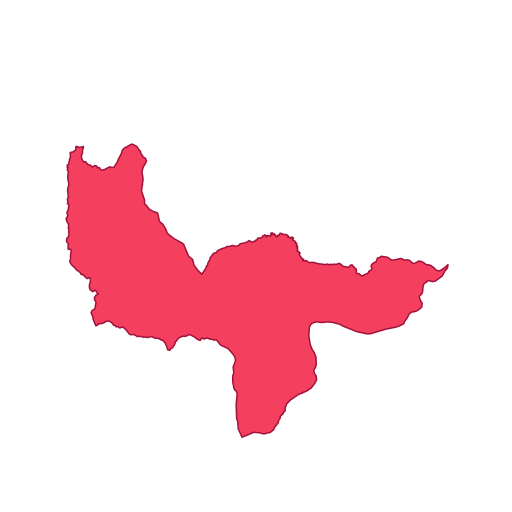 the district of El Rosario, Nariño, Colombia, rotated 158°
{"feature_id": "7082276B32433349406288", "entity_name": "El Rosario", "entity_type": "district", "adm_level": 2, "iso_a3": "COL", "parent_name": "Colombia", "parent_adm1": "Nariño", "projection": "robinson", "projection_center": [-77.45, 1.827], "detail": "fine", "context": "isolated", "style": "filled", "palette": "rose", "viewbox_px": 512, "rotation_deg": 158, "n_neighbors": 0, "source": "geoboundaries", "source_scale": "gbopen_adm2", "svg_char_len": 6141}
<svg xmlns="http://www.w3.org/2000/svg" viewBox="0 0 512 512"><g transform="rotate(158 256 256)"><path d="M430.6,251.3L429.1,251.2L428.0,252.0L427.2,251.6L426.7,252.0L424.2,251.1L421.2,251.1L420.6,251.5L418.7,251.4L416.7,250.7L415.5,249.4L414.3,247.1L413.9,245.1L412.8,244.2L412.1,242.7L411.3,242.6L410.5,242.0L409.1,240.2L407.3,240.5L405.6,239.2L404.3,236.6L402.6,230.9L401.8,230.0L399.0,229.1L397.5,227.7L396.3,225.7L395.1,225.7L394.2,224.9L392.1,224.2L391.0,222.9L389.8,222.7L387.2,221.1L382.5,220.3L381.3,218.3L377.0,215.8L375.2,213.5L374.0,212.9L372.8,209.2L372.7,204.9L373.1,202.3L371.3,200.8L369.7,202.0L367.7,202.2L364.5,204.5L362.8,206.5L358.2,209.0L353.8,209.1L352.4,208.2L350.4,207.9L347.3,208.2L345.8,206.8L343.5,204.1L341.4,200.6L339.5,198.6L336.6,200.4L335.4,198.4L333.3,198.5L331.5,197.9L329.6,195.9L328.2,195.5L327.0,194.2L324.6,193.1L323.8,192.3L322.6,187.7L321.6,185.9L316.6,180.7L313.7,172.4L313.5,169.4L314.3,166.5L318.8,161.6L320.4,155.9L322.4,153.7L324.7,148.1L326.0,141.7L325.8,139.6L324.9,137.8L325.0,135.4L330.1,125.6L334.9,112.3L334.9,109.7L337.2,102.5L336.8,93.2L323.9,93.3L318.2,90.3L316.6,88.8L314.8,88.0L308.7,87.1L304.6,88.4L302.8,90.3L298.0,92.9L296.3,95.4L294.3,96.6L293.7,98.3L292.3,98.6L291.7,99.2L290.5,99.2L288.8,100.8L287.4,101.3L286.5,102.2L286.1,104.0L283.1,107.2L278.7,109.4L269.7,111.5L265.9,111.8L264.5,111.4L263.1,112.0L261.9,111.7L258.0,112.0L256.8,112.6L254.2,112.9L248.8,116.2L246.2,118.5L245.2,122.1L245.8,125.9L245.3,128.2L242.1,131.0L240.7,133.1L238.3,139.6L238.2,144.8L238.9,148.0L238.9,153.7L237.0,162.1L233.0,170.2L231.2,171.8L229.6,172.4L228.4,172.7L224.2,172.2L220.3,169.8L214.7,168.2L210.5,166.2L204.0,161.4L201.5,158.3L190.9,148.1L183.2,142.8L179.5,141.1L163.3,139.6L153.4,137.7L149.0,137.4L145.0,137.8L143.8,138.4L142.7,139.8L139.1,141.8L135.6,145.0L132.4,145.7L130.0,145.0L127.0,144.9L122.4,146.1L121.2,146.9L119.6,150.0L120.3,153.7L119.9,157.0L119.2,157.7L116.6,158.7L115.0,160.3L112.4,165.4L110.3,167.7L107.9,167.8L106.6,168.6L105.3,168.6L101.8,166.1L99.3,165.5L92.7,167.2L90.7,167.8L86.3,171.4L83.8,172.6L82.6,173.7L81.3,175.8L81.4,176.0L86.0,174.4L90.4,173.5L92.1,173.6L94.7,175.9L95.0,177.7L97.3,181.5L99.4,183.4L100.6,183.5L101.2,184.1L102.9,186.8L104.8,189.0L107.2,190.4L110.5,189.8L113.0,190.0L115.5,194.7L117.3,195.8L120.3,196.8L121.8,198.8L122.9,199.6L127.7,200.2L131.6,201.2L134.7,205.7L139.1,208.2L139.3,208.6L140.7,208.8L141.9,208.2L144.1,208.6L146.8,205.7L149.9,205.6L152.5,204.3L153.2,203.1L153.2,200.9L153.8,200.1L157.2,199.5L157.7,198.7L159.2,198.1L163.4,198.0L164.2,197.5L165.5,198.1L167.3,201.2L169.2,202.1L169.1,203.4L168.3,204.9L168.0,206.3L168.8,207.6L169.0,208.8L170.0,210.0L169.9,211.2L170.3,211.7L171.8,212.2L173.6,211.0L174.6,211.0L179.3,214.0L180.3,216.4L181.7,218.1L183.4,218.0L185.4,218.4L186.5,219.2L188.4,219.4L189.8,220.4L191.1,220.3L193.0,221.8L196.0,222.4L196.8,223.2L201.2,225.5L205.0,228.5L209.2,230.1L211.3,233.1L212.3,233.0L214.3,234.2L214.3,234.6L213.3,234.7L213.1,235.1L214.3,236.3L215.4,241.0L215.0,241.8L214.1,242.1L214.6,243.8L215.7,244.5L215.8,244.9L215.4,245.3L215.7,245.8L214.8,246.7L215.0,247.4L214.0,248.8L214.8,249.4L214.1,250.3L214.4,250.7L213.9,250.8L213.6,252.7L214.5,253.0L214.1,254.5L214.8,255.8L216.4,257.3L216.0,258.0L214.8,258.1L214.7,258.8L215.3,259.1L215.2,259.8L215.6,260.1L217.2,259.6L218.5,261.7L219.2,261.7L218.7,262.8L219.7,264.4L222.8,265.9L223.4,266.9L224.7,267.9L225.2,268.0L226.8,266.6L227.6,267.1L228.3,266.3L228.8,266.7L229.2,266.1L229.8,266.3L230.4,267.2L230.2,268.4L230.7,269.6L231.9,269.4L232.4,270.1L231.9,271.0L232.8,271.5L233.9,271.4L234.1,270.8L233.8,269.9L235.0,269.1L237.6,270.7L238.3,270.6L238.7,269.8L239.6,270.1L239.3,271.3L240.1,272.4L241.2,271.8L242.2,272.1L242.8,271.3L244.7,270.9L245.9,271.2L246.6,271.8L247.7,271.9L248.7,270.9L249.6,270.5L250.0,270.8L251.1,269.8L252.3,270.5L253.5,270.1L254.5,270.4L256.7,272.9L258.5,272.4L261.3,272.3L265.9,273.3L267.9,272.4L270.6,272.3L273.9,274.6L277.5,274.9L279.3,275.7L281.7,275.2L285.0,275.7L289.9,275.3L291.4,274.0L294.4,274.4L299.3,271.4L299.6,270.5L303.2,267.5L304.5,265.6L306.0,265.0L306.4,264.0L313.0,259.4L315.1,263.9L316.9,270.5L316.1,276.6L318.6,281.0L318.7,293.6L319.3,295.2L325.2,302.4L328.9,308.5L329.7,310.7L329.6,315.0L330.6,320.6L332.0,323.0L332.5,324.5L331.3,331.2L331.3,333.0L335.2,336.4L337.4,339.3L338.8,344.4L339.6,345.4L339.7,346.3L338.4,349.6L337.7,359.6L334.2,365.3L333.5,367.1L332.3,368.6L331.1,372.4L330.5,376.4L327.2,380.8L323.1,383.9L321.8,385.4L322.0,388.1L323.6,390.2L323.7,392.0L324.3,393.9L324.0,397.0L325.0,398.9L325.1,400.8L325.7,402.5L328.8,406.1L330.5,406.3L335.5,405.5L336.8,405.6L340.1,404.3L342.8,401.1L347.7,397.0L348.9,395.5L354.2,391.6L355.7,391.7L358.4,393.5L364.3,392.9L366.8,393.4L367.5,393.9L368.1,396.6L369.8,397.1L369.9,398.6L370.4,399.5L371.8,400.3L373.8,399.7L374.4,399.9L375.6,402.4L377.4,403.3L377.7,404.9L378.6,405.6L378.7,407.3L380.7,408.0L381.1,411.4L380.6,414.0L378.1,416.8L377.2,419.2L375.4,421.1L375.1,422.2L378.9,422.7L381.3,424.9L382.1,424.7L383.3,422.1L383.9,421.7L386.9,421.0L388.9,421.5L389.8,421.2L390.8,417.4L392.6,415.6L395.4,411.1L397.0,411.0L397.7,409.0L397.2,409.0L397.2,408.4L398.7,406.7L398.4,404.5L401.2,399.4L402.7,392.5L405.9,388.1L407.5,382.3L408.5,380.4L409.7,379.2L410.2,376.5L411.2,375.3L410.5,373.9L410.5,373.2L413.0,368.9L414.7,367.6L415.3,366.2L415.1,364.4L416.7,362.6L417.6,362.3L418.3,360.8L418.4,358.3L418.0,356.6L418.2,354.6L419.5,352.4L419.6,350.5L420.4,349.3L421.2,346.3L422.9,344.0L424.9,343.2L426.1,340.8L426.2,339.8L425.6,338.8L425.5,337.7L427.6,333.0L427.0,332.2L425.3,331.7L425.2,330.2L427.4,326.8L429.1,322.8L430.7,320.6L430.7,318.7L429.9,315.9L428.5,313.2L427.3,309.6L426.1,308.4L425.1,305.9L425.1,304.7L424.5,304.0L424.2,304.2L423.9,303.7L423.0,303.3L422.4,300.8L421.0,298.4L420.5,298.1L419.4,298.5L418.2,298.1L418.4,296.1L419.4,294.1L421.2,291.8L422.2,289.3L422.5,287.2L421.0,284.3L420.3,284.1L418.3,284.5L417.6,284.1L417.1,281.0L416.5,280.2L417.0,279.8L419.1,279.6L421.3,278.0L422.1,276.1L421.6,273.2L424.8,267.9L425.8,267.1L427.1,267.1L429.3,266.2L430.2,265.0L430.0,261.3L430.7,258.3L430.6,251.3Z" fill="#f43f5e" stroke="#9f1239" stroke-width="1.5"/></g></svg>